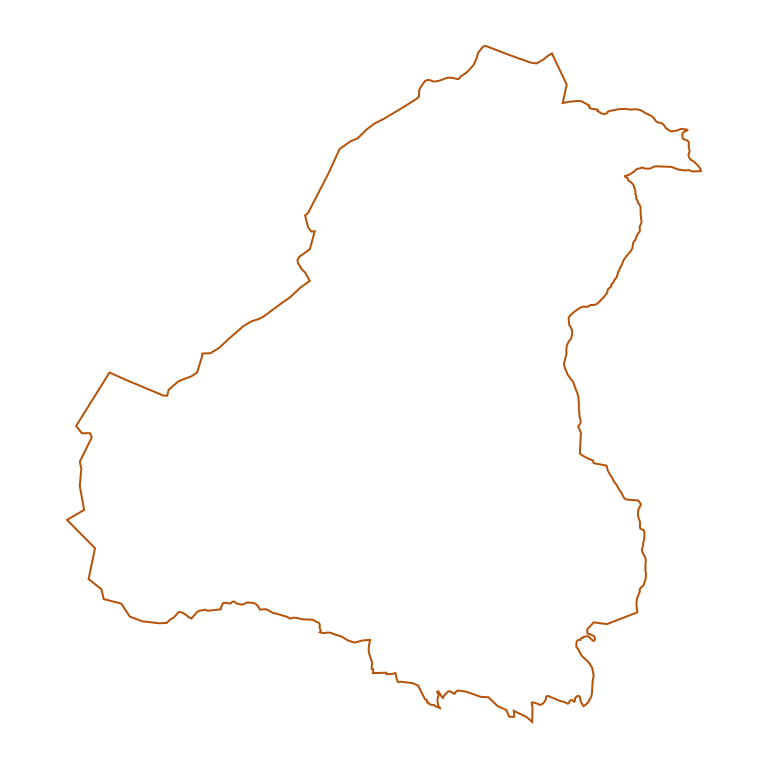 the district of Rametea, Alba, Romania
{"feature_id": "2599482B58533573021610", "entity_name": "Rametea", "entity_type": "district", "adm_level": 2, "iso_a3": "ROU", "parent_name": "Romania", "parent_adm1": "Alba", "projection": "robinson", "projection_center": [23.586, 46.447], "detail": "fine", "context": "isolated", "style": "outline", "palette": "amber", "viewbox_px": 768, "rotation_deg": 0, "n_neighbors": 0, "source": "geoboundaries", "source_scale": "gbopen_adm2", "svg_char_len": 6081}
<svg xmlns="http://www.w3.org/2000/svg" viewBox="0 0 768 768"><path d="M639.9,591.4L639.5,590.1L640.1,588.6L641.9,586.6L643.5,585.4L645.6,578.8L646.0,573.8L645.4,570.7L645.5,563.6L645.9,560.0L644.7,556.4L642.8,552.8L641.9,550.3L642.1,548.5L643.0,546.1L643.3,542.6L644.0,539.6L644.4,536.1L644.4,532.0L643.6,530.0L640.8,529.0L640.1,527.9L639.9,526.8L640.1,523.5L639.7,520.9L638.7,518.3L637.9,514.7L638.4,509.4L640.8,504.8L640.6,503.7L638.8,501.1L638.1,500.5L627.2,499.6L625.3,499.1L624.5,498.3L622.9,496.0L621.4,492.6L619.5,490.2L616.5,484.8L614.1,481.7L612.4,478.4L609.0,472.9L607.7,470.1L606.5,465.6L593.8,463.2L593.5,462.9L593.1,460.5L588.7,458.9L582.1,455.3L580.5,454.1L579.9,453.2L580.7,436.2L581.0,434.7L580.7,432.1L578.2,426.7L578.4,426.0L580.2,423.7L580.6,422.2L580.7,420.9L579.4,416.1L579.4,412.6L578.8,409.2L578.9,405.0L578.4,397.3L577.5,393.6L575.1,387.7L573.3,382.2L567.7,374.7L564.6,367.2L564.0,364.6L564.3,362.3L566.3,354.7L566.5,352.6L566.3,349.3L567.0,345.2L568.6,341.8L571.0,338.7L572.0,335.2L572.2,332.2L572.0,330.3L570.6,326.8L569.5,325.5L569.2,324.5L568.6,318.1L570.1,315.4L575.8,310.6L579.9,307.9L582.0,306.9L584.8,306.6L587.4,306.9L590.7,305.0L593.6,305.0L595.8,304.5L598.5,302.6L604.3,296.5L607.3,292.6L607.6,290.1L608.4,288.7L610.9,286.9L611.2,286.2L611.0,285.4L611.3,284.7L612.3,283.3L613.5,282.3L614.4,280.0L616.8,277.0L618.2,271.9L619.3,270.3L619.9,268.0L622.1,264.4L622.9,261.6L623.9,259.6L627.0,255.5L630.6,251.3L632.0,249.1L632.5,247.7L633.0,243.8L633.6,241.9L635.4,240.0L636.0,237.7L636.5,236.4L637.3,235.3L637.6,234.0L639.7,231.5L639.9,230.6L639.6,226.6L641.3,223.3L641.5,222.0L640.7,214.4L640.5,206.9L639.3,204.3L637.9,202.4L637.5,200.5L636.0,198.1L636.3,196.0L635.3,194.0L635.5,191.4L633.5,185.1L630.9,182.0L628.3,180.5L627.6,178.1L625.6,177.3L625.0,176.4L625.1,175.9L627.8,175.3L630.2,174.2L634.4,171.3L636.5,169.2L637.7,168.7L640.1,168.4L641.9,167.4L644.8,168.5L649.7,168.7L654.3,166.6L656.0,166.3L671.5,166.9L678.0,169.5L685.2,170.5L688.7,170.1L692.5,171.5L701.0,171.0L700.4,169.1L698.7,166.3L694.3,161.9L690.6,159.6L689.9,158.8L688.7,156.3L688.5,154.9L689.6,151.4L689.5,150.0L688.7,147.3L688.8,142.0L687.0,140.3L683.6,139.2L683.1,138.8L682.5,137.4L682.4,134.6L682.7,133.1L683.7,132.1L687.3,130.3L687.5,130.0L687.3,129.7L681.3,128.8L676.6,130.6L672.0,131.4L670.6,131.3L665.9,128.1L663.8,125.0L662.6,123.9L661.2,123.1L658.6,122.6L656.3,121.7L653.7,117.9L651.4,115.9L645.6,113.2L642.2,111.0L639.0,109.7L635.0,109.2L630.4,109.6L626.1,108.9L619.5,109.1L609.4,111.0L607.3,112.1L607.2,112.8L606.3,113.6L604.2,114.0L600.9,113.3L599.8,112.3L597.7,111.2L597.4,110.8L597.8,110.1L597.4,109.5L592.3,108.9L590.1,108.2L588.8,106.6L589.4,105.6L581.4,101.2L577.6,101.0L569.6,101.7L562.7,103.0L566.7,84.5L551.9,53.4L548.1,55.7L543.2,59.6L536.6,63.5L530.2,62.5L506.9,54.1L486.3,46.1L484.2,46.1L483.4,46.4L481.6,48.3L478.0,53.1L476.8,57.6L473.8,64.7L467.8,71.3L465.6,73.3L461.0,76.2L458.6,79.0L457.5,79.0L452.8,78.0L448.9,77.6L447.2,77.8L439.0,80.8L434.9,81.5L433.0,81.4L429.2,79.9L427.2,80.1L425.2,80.9L422.2,84.8L419.9,88.5L419.4,89.6L419.1,91.8L419.2,93.9L419.0,96.4L417.5,98.2L406.1,105.5L383.9,118.8L374.7,123.4L366.6,129.5L357.7,138.3L350.5,141.3L339.6,149.0L328.6,173.1L308.1,212.9L305.1,215.4L306.9,223.0L308.4,227.8L311.4,231.6L314.7,231.2L309.9,249.2L299.4,256.7L297.5,259.7L297.9,262.9L301.9,269.4L305.1,272.5L309.8,280.9L300.4,287.6L290.2,297.2L279.6,304.6L263.4,316.7L258.0,319.3L251.1,321.5L244.2,325.5L228.0,339.5L219.5,347.7L210.4,353.2L202.4,353.5L201.9,357.0L197.1,372.5L191.1,376.5L183.4,379.2L178.1,381.6L168.7,389.7L167.2,395.7L163.5,395.6L126.2,380.0L109.5,372.5L76.1,426.0L81.9,433.2L90.1,433.2L91.8,437.3L79.8,461.7L81.3,468.7L79.8,486.0L84.1,509.9L67.0,519.9L95.0,548.2L88.6,579.1L101.4,589.2L103.7,599.1L121.3,603.6L129.8,616.6L142.5,621.3L159.2,623.3L166.8,622.9L170.0,619.7L174.0,617.3L178.6,612.1L179.5,611.9L182.5,612.7L186.4,615.1L188.6,617.1L191.5,618.5L196.8,612.4L197.7,611.6L199.0,610.9L205.4,609.7L207.5,610.8L220.8,609.3L221.0,607.5L222.0,605.5L222.3,603.9L224.0,602.7L230.7,603.5L232.3,601.7L234.2,601.6L237.0,603.6L242.2,604.7L247.2,602.5L252.5,602.8L255.2,603.6L257.9,605.8L259.9,609.6L265.9,609.2L267.7,609.9L273.1,613.1L276.0,613.5L286.1,616.6L288.2,617.4L290.2,618.6L290.8,618.6L292.7,617.7L296.6,617.9L302.5,619.3L312.4,619.7L319.2,623.1L319.8,625.3L319.6,627.6L320.8,630.8L319.7,632.2L321.4,632.7L324.1,633.1L328.0,632.5L331.3,633.0L334.9,634.5L341.7,636.6L347.7,640.3L354.2,642.5L356.7,642.1L362.5,640.5L370.0,639.9L368.7,647.8L368.7,651.4L369.6,655.1L372.2,662.8L371.7,667.2L371.8,669.0L373.2,669.3L373.2,671.4L372.9,673.1L386.3,672.7L386.5,674.2L391.5,674.0L395.5,673.1L396.9,679.5L397.5,681.2L398.2,682.2L400.5,681.8L402.3,681.9L412.4,683.1L418.1,685.6L425.0,699.2L426.7,699.9L427.1,702.5L428.3,702.4L429.5,704.2L432.2,705.0L433.8,704.9L436.2,706.6L439.9,708.1L439.7,707.3L438.7,706.4L438.1,704.9L437.5,701.4L437.6,698.5L438.7,695.1L437.2,691.8L438.4,691.3L441.2,696.0L442.9,697.9L443.8,695.9L448.3,691.4L450.1,691.4L454.5,693.8L455.1,693.3L455.3,692.3L457.7,690.5L466.3,691.7L480.6,696.8L488.5,697.3L497.7,706.2L506.0,709.8L506.6,710.5L509.0,716.6L513.3,716.9L514.3,716.6L513.8,710.9L526.4,716.9L532.2,721.9L532.5,707.8L531.7,702.8L532.7,702.3L537.9,703.8L539.1,704.6L540.3,704.9L541.3,704.5L543.1,703.4L545.1,700.9L545.9,699.1L546.0,697.2L546.7,696.2L548.0,695.9L559.1,700.6L564.7,702.2L567.8,703.7L569.3,702.7L569.5,701.2L570.7,700.2L572.2,700.1L573.8,701.6L574.4,701.7L574.8,700.9L575.3,698.0L576.6,696.5L578.4,695.9L579.7,696.5L580.9,701.9L583.4,706.2L585.5,704.9L588.4,702.1L589.4,699.6L591.3,696.7L591.9,693.7L592.8,679.8L593.7,675.6L592.1,667.8L590.0,664.2L588.0,661.6L581.8,655.9L578.1,649.1L576.4,647.1L576.4,642.7L576.9,641.3L577.7,640.3L578.6,639.8L580.4,640.0L581.5,637.9L583.2,637.7L583.7,636.7L587.2,636.3L588.0,636.3L589.2,637.1L592.7,640.5L593.5,641.0L594.3,640.5L594.9,639.5L595.1,638.3L594.6,637.1L593.6,635.9L589.8,634.1L587.6,633.6L587.3,632.5L587.4,630.7L587.1,629.5L593.7,622.4L607.0,624.1L637.4,612.3L636.4,605.2L636.9,598.9L639.9,591.4Z" fill="none" stroke="#b45309" stroke-width="2"/></svg>